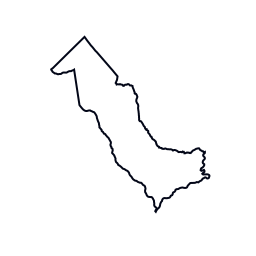 Jateí, Mato Grosso do Sul, Brazil, rotated 25°
{"feature_id": "56859067B80229786226061", "entity_name": "Jateí", "entity_type": "district", "adm_level": 2, "iso_a3": "BRA", "parent_name": "Brazil", "parent_adm1": "Mato Grosso do Sul", "projection": "natural_earth1", "projection_center": [-53.858, -22.712], "detail": "fine", "context": "isolated", "style": "outline", "palette": "ink", "viewbox_px": 256, "rotation_deg": 25, "n_neighbors": 0, "source": "geoboundaries", "source_scale": "gbopen_adm2", "svg_char_len": 6013}
<svg xmlns="http://www.w3.org/2000/svg" viewBox="0 0 256 256"><g transform="rotate(25 128 128)"><path d="M50.1,63.8L46.5,73.4L41.1,87.9L34.6,105.4L33.6,107.3L34.3,108.0L35.2,108.4L36.0,109.0L36.7,109.1L37.8,109.3L38.7,109.5L39.2,109.2L40.0,109.0L40.9,109.0L41.9,108.9L42.6,108.3L43.5,107.8L44.3,107.4L44.8,106.7L45.2,105.8L45.9,105.1L46.6,104.8L47.3,104.4L48.0,104.2L48.8,103.8L49.4,103.1L49.9,102.3L50.5,101.6L51.3,101.0L52.3,100.6L53.3,99.3L54.1,98.6L54.5,97.9L74.3,127.7L74.9,128.1L75.6,128.4L77.2,129.2L78.1,129.6L78.8,129.9L79.5,130.2L80.1,130.3L81.0,130.5L82.1,130.5L83.1,130.2L83.8,129.8L84.7,129.0L85.4,128.5L86.2,128.1L87.3,128.2L88.4,128.1L89.2,128.2L90.3,128.0L91.1,128.2L92.1,128.8L92.8,129.2L93.6,129.8L94.2,130.2L94.8,130.8L95.7,132.2L96.2,132.7L96.8,133.3L97.4,134.0L98.5,135.0L99.4,135.7L99.9,136.4L100.4,137.3L100.9,137.8L101.4,138.6L101.9,139.6L102.4,139.7L103.1,140.1L103.9,140.4L104.9,140.9L105.3,141.7L105.9,142.0L106.9,142.1L107.9,142.8L108.6,143.3L109.2,143.1L110.1,143.2L110.8,143.8L111.7,144.1L112.5,144.6L113.2,144.8L113.8,145.0L114.7,145.3L115.4,145.9L116.0,146.3L116.7,146.8L117.5,147.4L118.2,147.8L118.8,148.7L119.0,149.6L119.2,150.8L119.9,151.4L120.3,152.0L121.1,152.3L121.5,153.1L122.3,153.3L123.0,153.6L123.3,154.4L123.7,155.0L123.8,156.0L124.1,157.3L124.9,157.7L125.5,157.9L126.2,158.2L127.2,158.7L127.9,159.5L128.5,159.9L129.0,160.4L129.7,161.1L130.0,162.1L130.4,162.6L130.9,163.2L131.4,163.8L132.2,164.1L133.2,164.4L133.9,164.8L134.4,165.3L135.0,165.7L136.0,165.6L137.2,165.9L138.1,166.1L139.2,166.5L140.4,167.0L142.1,166.8L143.1,166.9L143.8,167.1L144.9,167.1L145.7,167.1L146.4,167.4L147.3,167.8L147.9,168.2L148.5,168.9L149.0,169.4L149.5,169.8L150.3,170.2L151.2,170.5L151.8,170.7L152.5,171.3L153.1,171.6L153.9,172.1L154.7,172.4L155.5,172.5L156.2,172.7L157.1,172.6L158.0,172.3L158.6,172.4L159.2,172.6L159.9,172.7L160.8,172.6L161.7,172.6L162.3,172.4L162.8,172.1L163.6,172.2L164.1,172.4L164.8,172.8L165.6,173.2L166.3,173.3L167.3,173.3L168.2,173.9L168.7,174.6L169.2,175.1L169.6,175.8L169.7,176.7L170.0,177.7L170.4,178.4L170.9,179.1L171.6,179.4L172.8,180.4L173.5,181.1L174.1,181.4L174.8,181.7L175.7,181.7L176.7,181.4L177.7,181.0L178.6,180.6L179.4,180.9L180.4,181.4L181.0,182.0L181.8,182.5L182.4,183.1L182.8,184.0L183.2,184.5L183.6,185.1L184.0,185.9L184.2,186.7L184.7,187.2L185.3,187.8L185.9,187.9L186.7,188.1L187.6,188.4L188.1,188.8L188.0,189.5L187.9,190.3L187.8,191.0L187.9,191.9L188.6,192.2L188.6,191.1L188.8,189.7L189.1,188.6L189.6,187.6L189.9,186.4L189.9,185.6L189.6,184.1L189.3,183.1L189.3,182.1L189.3,181.4L189.4,180.6L189.7,179.7L189.4,178.9L189.4,178.0L189.6,177.2L190.3,176.3L191.1,175.9L192.0,175.6L193.1,175.1L193.7,174.6L194.5,174.1L195.1,173.5L195.4,172.6L195.4,171.3L196.4,170.2L196.5,169.4L196.3,168.7L196.1,167.8L196.3,167.1L196.8,166.6L197.2,166.0L197.4,164.9L197.2,163.8L198.0,162.8L198.8,162.4L199.5,161.9L200.0,161.0L200.7,160.2L202.3,159.0L202.8,158.8L203.6,158.7L204.6,158.4L205.3,158.1L206.0,157.6L206.5,156.9L206.6,155.9L206.5,155.2L206.8,154.2L207.2,153.0L207.7,151.6L208.5,151.1L209.7,150.5L210.9,149.9L211.5,149.6L212.3,149.0L213.1,148.0L214.0,147.7L214.8,147.5L215.1,146.7L215.6,145.8L216.7,144.5L216.9,143.4L217.1,142.3L217.8,141.6L218.3,140.7L218.8,140.1L219.7,140.0L220.3,140.2L221.0,140.3L221.8,139.9L222.4,138.9L222.2,138.0L222.1,137.0L221.5,136.4L220.9,136.3L220.0,136.3L219.1,136.6L218.6,136.9L217.9,137.3L216.8,137.8L215.8,138.4L214.7,138.1L215.0,137.0L215.4,136.4L215.8,135.5L215.5,134.6L214.6,133.9L214.0,134.4L213.4,135.2L212.6,135.8L211.7,135.6L211.4,134.5L211.4,133.6L211.7,133.0L212.2,132.5L212.5,131.7L212.8,130.5L212.8,129.4L212.4,128.6L211.7,128.4L211.0,128.3L210.3,127.7L210.0,126.8L209.9,125.9L210.1,125.1L210.4,124.3L210.6,123.5L210.4,122.8L209.8,122.2L208.8,121.8L207.9,121.4L207.5,120.6L207.5,119.8L208.0,118.9L208.2,118.1L207.8,117.2L207.2,117.8L206.7,117.9L206.0,117.4L205.0,117.7L204.2,117.4L203.5,117.5L202.7,117.4L201.7,116.8L200.9,116.4L199.9,117.0L199.2,117.6L198.6,118.0L197.7,119.4L197.3,120.0L196.7,120.6L196.2,121.3L196.0,122.3L195.6,123.3L195.4,124.2L194.8,124.3L194.3,124.7L193.5,124.6L192.7,125.1L191.9,125.2L191.4,125.7L190.7,126.6L189.8,127.1L189.2,126.4L188.6,126.0L188.1,126.3L187.5,126.3L187.4,127.0L186.8,127.3L186.1,127.3L185.3,127.7L184.7,128.1L183.9,128.5L183.2,128.2L182.2,128.0L181.3,128.0L180.6,128.0L179.6,128.2L178.9,128.6L178.3,129.4L177.6,129.1L176.6,129.1L175.8,129.2L175.2,129.5L174.4,129.9L173.4,130.2L172.8,130.5L172.2,130.7L171.4,130.7L170.7,130.7L169.9,131.2L169.4,131.8L168.7,132.0L167.8,132.4L166.9,131.9L166.0,132.3L165.2,132.3L164.4,132.6L164.0,131.9L162.5,131.9L161.7,131.4L160.8,130.9L160.3,130.1L159.6,129.6L159.2,128.9L158.8,128.5L158.0,128.3L157.1,127.9L156.0,127.7L155.2,127.7L154.6,127.5L154.0,127.1L153.6,126.5L153.0,126.0L152.5,126.2L151.9,125.9L151.3,125.5L150.5,124.7L149.6,124.3L148.7,124.0L148.0,123.4L147.9,122.7L147.5,122.1L146.6,121.9L145.6,122.0L145.3,121.2L144.5,121.5L143.8,121.2L143.2,120.5L142.7,119.9L142.1,119.7L141.5,119.5L141.0,119.2L140.3,118.5L139.4,117.9L138.5,117.3L137.9,117.0L137.2,116.5L136.4,116.5L135.8,116.8L134.9,116.3L134.4,115.5L134.0,114.5L133.4,113.6L132.9,112.4L132.3,111.7L132.0,110.9L131.7,110.4L131.2,109.7L130.8,108.9L130.1,107.9L129.6,107.1L129.1,106.3L128.7,105.7L128.5,105.1L128.1,103.9L127.5,102.9L126.5,102.0L125.6,101.6L125.1,101.1L124.5,100.6L124.1,100.1L123.8,99.3L123.6,98.6L123.5,97.6L123.5,96.6L123.2,95.6L122.5,95.0L121.7,94.2L120.8,93.7L119.9,94.0L119.3,93.7L119.0,92.8L118.4,92.4L118.0,92.0L117.3,91.2L116.6,90.5L115.3,89.4L114.7,88.6L114.3,88.0L113.6,88.1L113.0,88.0L112.3,88.4L111.7,88.6L110.7,88.1L109.7,88.1L109.0,88.5L108.6,89.3L108.0,89.5L107.1,90.0L106.7,90.8L106.4,91.6L105.6,91.8L104.9,91.2L104.1,91.3L103.3,91.6L102.2,91.6L101.7,92.2L100.8,92.5L99.9,92.8L99.3,93.4L98.7,92.8L97.8,92.4L97.8,91.5L97.7,90.4L97.7,89.0L96.7,85.6L91.4,83.1L90.0,82.4L86.8,81.0L67.6,72.4L65.8,71.8L65.0,71.4L62.2,70.0L61.1,69.5L59.6,68.9L58.8,68.5L57.9,68.0L54.2,66.1L51.2,64.4L50.1,63.8Z" fill="none" stroke="#020617" stroke-width="2"/></g></svg>